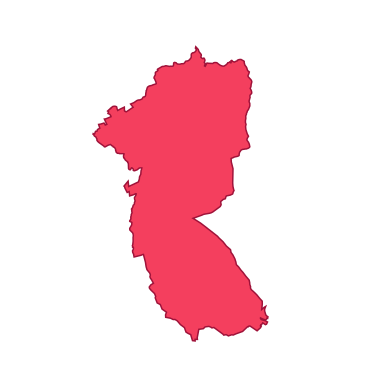 outline of Santamaria-Orlea, Hunedoara, Romania, rotated 288°
{"feature_id": "2599482B19337014542277", "entity_name": "Santamaria-Orlea", "entity_type": "district", "adm_level": 2, "iso_a3": "ROU", "parent_name": "Romania", "parent_adm1": "Hunedoara", "projection": "orthographic", "projection_center": [23.001, 45.57], "detail": "fine", "context": "isolated", "style": "filled", "palette": "rose", "viewbox_px": 384, "rotation_deg": 288, "n_neighbors": 0, "source": "geoboundaries", "source_scale": "gbopen_adm2", "svg_char_len": 6047}
<svg xmlns="http://www.w3.org/2000/svg" viewBox="0 0 384 384"><g transform="rotate(288 192 192)"><path d="M62.3,222.0L60.7,226.7L56.9,229.6L56.3,232.0L56.0,234.8L50.8,238.4L51.3,241.0L52.8,240.5L53.5,242.7L55.0,242.0L63.5,240.9L65.5,245.0L67.8,246.2L69.4,249.6L69.3,251.6L68.9,252.9L69.9,254.7L66.4,265.3L65.7,266.4L66.9,268.6L66.4,271.1L68.5,273.9L68.7,275.4L70.6,277.5L75.0,283.2L81.1,286.5L81.0,287.0L82.2,287.7L82.4,288.9L80.1,296.8L84.1,299.1L85.6,299.3L85.8,298.4L87.0,298.5L87.1,299.1L89.4,299.7L88.5,302.8L89.3,303.7L91.7,304.0L92.2,301.8L92.1,297.3L92.9,296.2L93.4,296.1L93.0,299.8L93.2,301.5L94.2,302.2L95.2,302.2L95.2,303.0L96.8,302.8L97.1,301.7L97.9,300.2L101.2,297.9L103.0,297.3L105.9,297.4L104.5,296.2L101.8,294.6L107.1,293.5L109.9,292.5L111.7,289.3L114.3,285.3L116.6,280.6L116.7,280.2L117.4,278.7L118.4,277.5L119.0,277.2L120.0,277.0L122.3,275.3L123.2,275.1L125.7,273.7L126.0,273.4L128.6,269.1L131.1,265.6L132.8,262.7L135.2,259.4L136.5,256.8L137.0,256.4L138.9,255.4L141.7,253.4L144.8,250.3L146.8,247.5L147.4,247.4L149.1,246.4L151.2,241.4L154.2,237.0L156.7,231.7L157.8,229.9L163.8,213.4L165.1,209.7L167.3,201.1L173.0,208.5L174.2,209.8L174.8,210.7L177.0,214.9L178.0,216.5L179.5,218.0L186.9,223.3L188.4,223.6L189.3,223.5L190.4,222.8L191.9,222.3L194.6,224.0L195.9,225.8L197.7,225.7L198.9,225.9L200.9,229.4L202.6,231.2L203.1,231.3L204.8,231.2L206.4,231.5L207.3,230.8L210.0,229.2L213.2,227.9L226.8,223.8L232.7,220.1L236.0,218.8L237.2,220.3L238.4,221.5L240.0,224.3L240.9,225.3L241.5,225.5L242.8,225.1L244.6,225.0L247.1,225.8L248.2,227.0L248.7,228.2L249.3,229.1L249.6,230.1L251.0,232.0L252.2,232.9L252.9,233.0L255.2,231.7L256.8,230.3L258.0,228.6L258.6,228.1L260.3,228.0L262.5,228.5L264.3,226.6L268.1,223.9L270.9,222.7L273.0,222.5L274.7,221.3L276.7,220.7L278.5,220.5L281.2,219.5L282.4,219.8L283.5,219.5L284.8,219.7L286.1,219.6L287.9,220.2L291.7,220.4L294.1,219.6L295.3,218.6L296.1,218.2L299.9,218.0L301.4,217.3L302.1,217.3L304.1,218.2L304.6,218.2L305.5,217.9L307.0,216.9L308.5,215.3L310.4,215.5L312.7,215.0L315.0,214.9L315.8,214.6L317.0,213.4L318.8,210.1L319.3,209.6L320.0,209.3L322.0,209.5L323.9,209.4L324.1,209.0L324.4,208.0L325.0,207.1L326.9,205.8L327.7,205.0L329.0,203.1L331.1,201.7L332.3,201.3L332.6,200.8L333.2,197.6L332.8,196.5L332.4,195.7L331.4,194.5L330.6,194.4L330.1,193.6L328.7,192.2L328.7,191.1L328.8,190.2L329.4,189.4L329.3,188.8L328.9,188.5L328.4,188.8L327.6,188.8L327.1,189.2L326.9,189.1L327.5,188.2L327.4,187.6L326.6,187.3L326.0,186.1L325.0,185.9L323.2,184.9L321.8,183.7L321.3,182.8L321.2,182.3L321.2,180.1L321.8,177.9L322.6,175.9L322.6,175.2L322.2,173.7L321.7,172.8L320.7,172.1L319.5,167.9L319.3,166.4L315.6,165.7L315.8,164.9L318.2,165.0L318.9,163.7L321.3,163.6L322.1,163.1L323.0,162.1L323.0,161.8L322.3,161.3L322.2,160.9L322.4,159.9L323.0,158.7L324.7,158.7L325.7,158.2L327.7,155.2L329.5,153.9L331.3,150.7L329.8,150.8L328.8,152.0L328.1,152.3L326.0,151.5L325.0,150.5L324.5,149.5L323.3,148.8L322.5,148.8L320.0,149.6L319.1,149.5L317.1,148.8L315.9,148.0L315.0,146.9L314.7,145.9L314.1,145.4L312.9,145.2L311.6,144.5L311.4,144.2L310.7,142.3L309.8,141.0L309.3,139.1L309.3,138.2L310.0,136.9L309.9,135.4L309.1,134.7L306.9,135.2L306.2,135.2L305.7,134.8L305.3,133.9L305.1,132.9L304.5,131.8L304.0,128.1L302.8,126.4L302.2,124.9L298.2,121.3L297.7,121.3L297.3,122.0L297.0,122.0L296.0,121.5L295.3,120.7L294.3,120.3L293.8,120.3L293.2,120.7L292.0,120.9L290.0,120.5L288.7,120.6L288.0,121.5L285.6,123.6L284.0,124.5L283.5,124.1L282.0,121.9L281.0,120.9L279.6,118.5L278.0,117.3L277.0,117.2L274.7,117.3L273.9,117.1L273.1,117.5L271.8,117.5L269.9,118.0L268.7,118.0L267.9,117.5L267.5,116.7L267.1,116.2L265.0,115.7L263.9,114.5L263.7,114.1L263.1,113.4L263.0,112.7L262.6,112.1L261.9,111.3L259.0,109.1L256.7,106.4L254.4,109.8L248.0,104.8L247.9,103.9L248.2,103.5L248.1,103.1L248.3,102.7L251.8,101.4L248.7,98.1L246.6,96.2L248.0,95.0L249.6,94.1L249.8,93.8L249.8,92.2L249.3,91.0L248.8,90.2L246.4,88.6L246.2,88.9L245.2,88.0L242.9,86.7L242.5,87.9L240.7,87.8L240.5,89.7L240.3,90.1L239.4,91.2L239.1,91.2L238.6,91.7L235.0,87.5L234.3,86.1L230.0,90.1L228.9,88.8L230.1,87.5L230.4,87.0L228.4,84.2L227.4,82.3L224.2,84.6L222.2,82.8L220.8,82.9L220.4,82.8L220.1,81.8L219.8,81.5L217.2,81.4L216.8,80.7L217.0,80.0L216.4,80.0L216.2,80.7L215.2,81.7L214.8,82.7L214.8,83.3L213.0,85.2L212.0,85.5L211.6,85.8L210.9,86.8L210.2,88.4L208.5,93.8L207.9,94.7L208.1,95.5L210.6,97.8L212.0,99.8L211.2,101.6L211.1,102.6L210.5,103.2L210.6,103.7L210.2,104.8L209.3,105.9L208.8,106.2L208.3,106.3L207.3,107.1L206.7,107.3L206.4,107.7L206.4,108.0L205.8,108.8L205.8,109.1L206.2,110.7L206.1,111.1L206.2,111.6L207.2,114.8L207.2,115.6L205.1,115.7L203.6,116.4L203.5,116.9L202.9,117.2L202.7,117.8L201.8,118.7L201.1,120.6L200.9,120.9L200.9,121.4L200.1,121.8L200.1,122.0L199.6,122.6L194.7,124.4L194.1,125.0L193.9,125.8L194.2,126.6L196.1,126.9L196.4,127.2L196.4,127.5L196.0,128.4L195.4,129.3L194.4,129.5L194.3,130.0L194.5,130.9L196.3,133.1L198.3,134.3L198.9,135.1L199.4,136.8L198.2,137.0L196.4,137.0L193.1,137.8L190.2,137.4L188.0,137.9L185.0,137.9L177.7,130.1L182.6,127.9L176.6,125.5L176.2,126.2L174.9,127.1L171.5,130.5L173.0,132.1L169.0,133.9L171.3,137.2L173.0,139.0L173.0,139.5L171.1,139.6L169.0,139.0L167.8,139.4L165.8,140.7L164.4,140.5L162.8,140.9L162.0,140.7L161.3,140.2L158.9,140.3L157.3,139.8L157.3,140.1L155.4,140.5L153.7,141.4L151.8,141.2L150.7,141.5L149.3,141.5L147.8,142.1L146.6,142.1L145.8,141.7L145.1,141.7L144.9,141.8L144.6,142.7L144.7,143.6L144.5,144.2L142.0,144.8L138.2,144.0L137.1,144.4L136.6,144.7L134.9,148.0L134.1,148.8L132.3,149.7L130.6,150.0L127.1,151.2L123.8,151.9L122.3,151.9L121.5,152.9L121.1,152.8L121.1,153.3L120.8,153.6L119.4,153.9L117.7,153.6L116.2,154.3L114.9,155.6L112.3,157.0L116.1,163.1L117.2,164.3L117.6,165.1L110.9,169.4L106.7,171.5L104.2,173.2L101.8,176.9L100.3,178.0L98.3,178.2L97.1,179.2L96.0,180.7L93.3,183.5L90.9,181.5L88.4,180.7L87.2,181.4L86.0,183.3L83.8,187.8L81.5,189.7L80.0,189.7L75.7,193.2L75.2,196.6L71.4,199.7L69.8,204.9L67.0,204.8L64.7,205.7L65.3,210.4L64.9,213.5L65.5,215.3L64.9,217.8L62.3,222.0Z" fill="#f43f5e" stroke="#9f1239" stroke-width="1.5"/></g></svg>